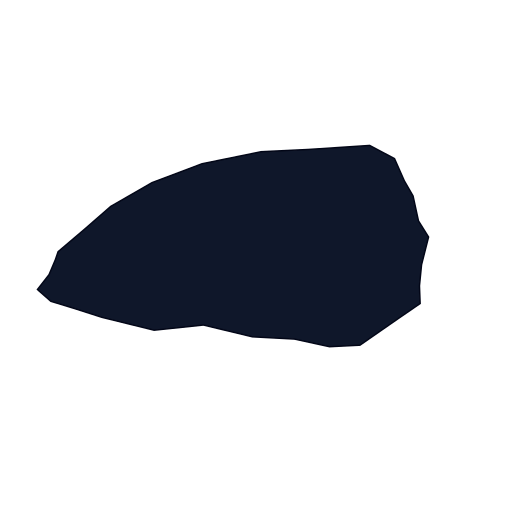 the district of Hofors, Gävleborg, Sweden, rotated 308°
{"feature_id": "70781695B62100483486123", "entity_name": "Hofors", "entity_type": "district", "adm_level": 2, "iso_a3": "SWE", "parent_name": "Sweden", "parent_adm1": "Gävleborg", "projection": "mercator", "projection_center": [16.413, 60.511], "detail": "fine", "context": "isolated", "style": "filled", "palette": "ink", "viewbox_px": 512, "rotation_deg": 308, "n_neighbors": 0, "source": "geoboundaries", "source_scale": "gbopen_adm2", "svg_char_len": 551}
<svg xmlns="http://www.w3.org/2000/svg" viewBox="0 0 512 512"><g transform="rotate(308 256 256)"><path d="M319.6,414.6L333.1,403.2L351.1,391.8L377.2,380.3L383.7,362.4L400.0,342.8L406.6,326.5L418.0,305.2L413.1,277.5L372.3,231.8L341.3,195.8L295.5,156.7L249.8,128.9L205.7,111.0L171.5,104.4L137.6,97.4L129.5,100.2L113.9,104.4L95.1,104.4L94.9,106.5L94.0,122.2L102.4,144.1L112.8,172.3L134.8,221.4L169.2,257.0L190.1,302.9L214.2,337.4L229.8,369.8L245.9,388.4L249.7,392.8L293.9,406.5L319.6,414.6Z" fill="#0f172a" stroke="#020617" stroke-width="1.5"/></g></svg>